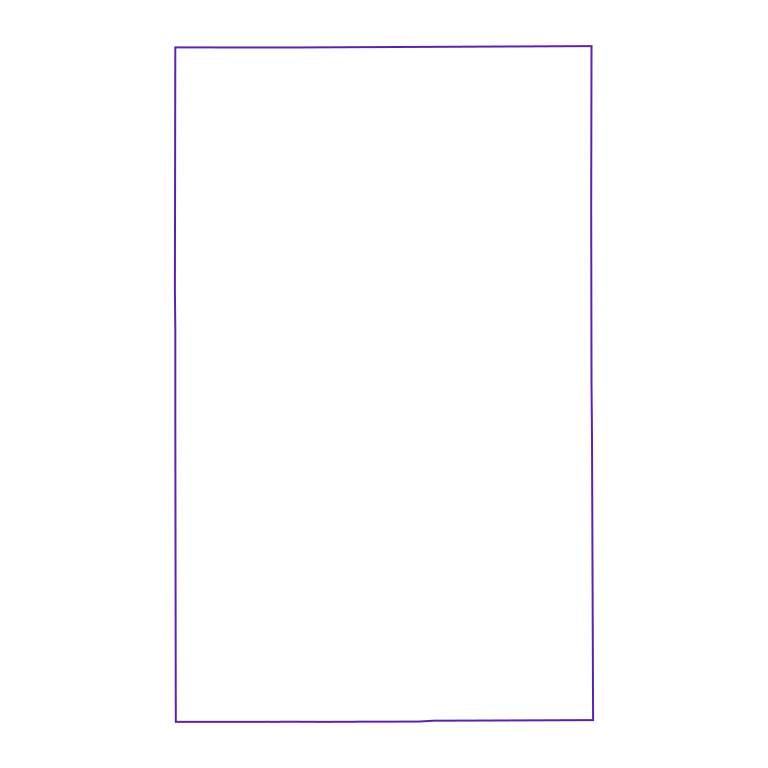 the district of Pike, Mississippi, United States of America
{"feature_id": "52423323B41002783843524", "entity_name": "Pike", "entity_type": "district", "adm_level": 2, "iso_a3": "USA", "parent_name": "United States of America", "parent_adm1": "Mississippi", "projection": "equal_earth", "projection_center": [-90.423, 31.175], "detail": "fine", "context": "isolated", "style": "outline", "palette": "violet", "viewbox_px": 768, "rotation_deg": 0, "n_neighbors": 0, "source": "geoboundaries", "source_scale": "gbopen_adm2", "svg_char_len": 471}
<svg xmlns="http://www.w3.org/2000/svg" viewBox="0 0 768 768"><path d="M175.3,47.4L174.9,290.5L175.3,328.8L175.3,413.3L175.6,608.4L175.8,721.9L264.0,721.9L265.3,721.8L277.7,721.9L279.7,721.8L282.3,721.7L307.6,721.8L328.1,721.9L329.2,721.9L335.6,721.8L350.8,721.8L357.6,721.7L417.9,721.6L434.0,720.7L466.1,720.6L467.9,720.6L593.1,720.1L592.0,437.5L591.5,382.3L591.2,214.6L591.2,198.2L591.5,46.1L288.9,47.5L175.3,47.4Z" fill="none" stroke="#5b21b6" stroke-width="2"/></svg>